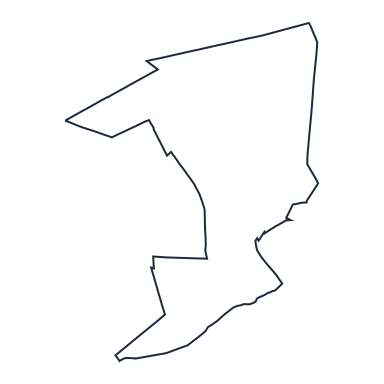 Santa Ana Nopalucan, Tlaxcala, Mexico
{"feature_id": "50627088B6785133078565", "entity_name": "Santa Ana Nopalucan", "entity_type": "district", "adm_level": 2, "iso_a3": "MEX", "parent_name": "Mexico", "parent_adm1": "Tlaxcala", "projection": "orthographic", "projection_center": [-98.337, 19.293], "detail": "fine", "context": "isolated", "style": "outline", "palette": "slate", "viewbox_px": 384, "rotation_deg": 0, "n_neighbors": 0, "source": "geoboundaries", "source_scale": "gbopen_adm2", "svg_char_len": 3712}
<svg xmlns="http://www.w3.org/2000/svg" viewBox="0 0 384 384"><path d="M115.5,355.3L116.6,356.9L119.0,360.1L119.5,361.0L120.0,360.5L121.3,359.9L124.1,358.4L126.1,358.1L128.0,358.0L130.7,358.1L134.7,358.4L135.1,358.4L135.3,358.6L165.9,353.2L170.0,351.8L170.6,351.5L171.3,351.3L171.9,351.1L172.5,350.9L173.1,350.6L173.6,350.3L174.3,350.1L175.0,349.9L175.6,349.8L176.3,349.5L176.9,349.2L187.6,345.3L190.5,343.1L191.8,342.1L194.9,339.6L196.1,338.9L205.4,331.3L207.9,327.1L212.8,324.1L217.5,320.7L220.9,317.6L225.3,313.7L229.3,310.7L232.8,307.9L234.7,306.9L236.5,306.3L238.6,305.6L240.1,305.5L241.9,304.9L243.0,304.3L244.1,304.2L245.5,304.1L246.4,304.2L248.7,304.3L250.2,304.1L252.0,303.4L253.6,302.8L254.8,302.0L255.7,301.6L256.2,300.2L256.7,299.1L257.9,297.9L259.3,297.2L261.5,296.3L263.2,295.6L264.9,294.8L266.8,293.7L267.9,292.9L268.9,292.5L269.8,292.5L270.5,292.1L272.2,291.1L273.6,290.9L274.7,290.6L276.0,289.7L277.8,287.9L279.4,286.5L280.8,285.0L282.2,283.6L276.5,275.3L273.7,271.9L266.6,263.7L261.7,257.6L259.8,254.5L257.5,251.1L257.0,249.9L256.5,247.7L255.3,240.9L255.5,240.6L257.2,238.4L257.3,238.2L258.6,240.7L264.1,232.3L264.4,231.9L264.7,233.3L265.1,233.0L273.7,227.5L273.8,227.4L286.8,220.0L287.5,220.3L290.6,220.1L286.2,217.8L287.2,215.9L287.3,215.7L289.1,212.1L292.7,204.8L292.8,204.5L295.2,204.2L297.6,203.6L301.8,202.7L303.5,202.6L305.0,202.5L305.9,202.7L306.7,202.1L306.7,201.2L306.8,200.8L307.5,199.6L307.6,199.4L309.5,196.7L316.1,186.5L318.1,183.3L314.3,176.2L307.3,164.3L307.4,156.4L308.7,141.5L311.8,108.0L313.8,80.0L316.5,53.4L316.5,52.6L317.2,44.4L317.1,42.1L315.9,38.7L312.3,30.4L310.6,26.1L309.2,23.5L309.1,23.2L308.9,23.0L261.2,35.8L248.4,38.4L221.5,44.5L220.7,44.6L212.2,46.5L204.2,48.3L196.2,50.1L191.9,51.0L189.0,51.7L188.3,51.8L176.9,54.4L175.8,54.6L172.7,55.3L168.0,56.4L164.4,57.2L161.8,57.8L154.3,59.4L151.7,59.9L148.0,60.8L146.7,61.1L151.2,64.5L157.8,69.5L157.5,69.7L153.6,71.8L144.1,77.0L140.0,79.3L137.6,80.6L135.6,81.7L131.5,84.0L129.8,84.9L123.8,88.3L111.8,94.9L108.2,97.1L107.9,96.9L102.3,99.9L101.9,100.1L101.4,100.3L100.9,100.6L95.0,104.0L91.0,106.2L85.9,109.1L82.5,110.9L82.0,111.2L81.5,111.5L76.8,114.1L70.2,117.8L66.3,120.0L65.9,120.7L65.9,120.9L68.8,121.9L71.7,123.2L79.2,126.2L80.1,126.5L82.2,127.3L94.2,131.2L105.5,135.2L108.4,136.1L108.7,136.2L111.5,137.2L111.9,137.4L115.6,135.5L123.6,131.8L138.9,124.6L143.7,122.2L145.6,121.4L146.5,121.0L149.0,120.1L149.1,120.3L150.7,123.3L152.6,126.1L153.2,127.3L153.6,127.9L153.6,128.2L153.6,128.6L153.6,129.3L158.7,139.3L159.7,141.2L166.3,154.3L167.0,155.7L167.3,155.5L167.5,155.3L167.6,155.2L171.0,151.9L178.2,161.9L178.6,162.6L181.3,166.2L182.6,167.9L184.0,169.8L185.6,172.1L186.3,173.1L187.2,174.3L187.8,175.2L188.7,176.4L190.1,178.3L191.2,179.9L192.3,181.4L193.2,182.7L194.2,184.1L194.8,185.3L195.5,186.7L196.2,188.0L196.9,189.3L197.5,190.4L198.1,191.6L198.7,192.6L199.3,193.8L199.7,194.8L199.9,195.2L200.2,196.3L200.7,197.5L201.1,198.7L202.0,201.0L202.4,202.2L202.7,203.4L203.1,204.5L203.4,205.7L203.9,206.9L204.2,208.1L204.5,209.2L204.6,210.5L204.7,211.8L204.7,213.0L204.7,214.3L204.7,215.5L204.8,216.9L204.8,217.5L204.8,218.2L204.8,219.5L204.9,220.9L204.9,222.2L204.9,223.6L204.9,225.0L205.0,225.6L205.0,226.2L205.0,227.7L205.1,229.6L205.2,231.6L205.3,233.4L205.4,234.6L205.4,235.0L205.5,236.7L205.6,238.4L205.6,240.0L205.6,241.0L205.7,241.8L205.7,243.5L205.7,245.4L205.6,247.2L205.3,249.1L205.4,251.3L207.1,258.7L190.6,258.2L166.2,257.4L153.2,256.5L153.8,267.6L153.9,268.4L151.2,267.6L152.7,273.0L153.6,275.9L156.2,285.1L156.7,286.5L158.5,293.1L160.6,300.0L161.8,304.5L163.3,309.1L164.9,314.6L157.8,320.7L151.6,325.7L145.5,330.7L142.2,333.3L130.0,343.4L115.5,355.3Z" fill="none" stroke="#1e293b" stroke-width="2"/></svg>